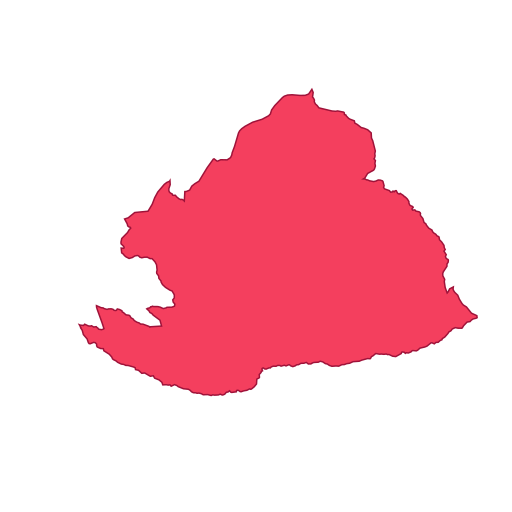 Chillanes, Bolivar, Ecuador (orthographic projection), rotated 71°
{"feature_id": "8360857B60313806039355", "entity_name": "Chillanes", "entity_type": "district", "adm_level": 2, "iso_a3": "ECU", "parent_name": "Ecuador", "parent_adm1": "Bolivar", "projection": "orthographic", "projection_center": [-79.115, -2.033], "detail": "fine", "context": "isolated", "style": "filled", "palette": "rose", "viewbox_px": 512, "rotation_deg": 71, "n_neighbors": 0, "source": "geoboundaries", "source_scale": "gbopen_adm2", "svg_char_len": 6086}
<svg xmlns="http://www.w3.org/2000/svg" viewBox="0 0 512 512"><g transform="rotate(71 256 256)"><path d="M379.0,315.2L379.5,314.3L379.5,311.5L380.0,308.4L379.6,305.3L380.3,304.4L380.3,303.6L379.1,300.3L377.2,297.2L372.9,295.4L372.5,294.9L372.4,293.0L371.8,292.2L369.1,291.5L367.8,289.1L366.8,288.6L366.7,287.2L364.8,287.2L364.3,286.8L364.2,286.0L364.4,285.3L365.5,284.7L366.2,283.3L366.0,280.0L366.5,278.9L365.8,277.6L365.8,275.5L366.8,272.9L366.5,271.1L367.3,269.0L368.3,268.2L368.5,264.8L369.7,263.4L369.5,260.3L369.8,259.7L371.0,259.1L372.6,257.2L372.6,254.5L372.1,253.1L372.6,251.1L372.1,248.5L373.0,245.6L373.0,243.1L375.1,241.7L375.9,239.3L375.7,238.0L375.5,237.8L375.5,236.0L376.7,231.6L376.4,229.6L377.8,227.4L380.3,225.5L381.4,223.7L383.3,222.3L385.0,220.1L386.0,216.2L387.1,213.6L386.7,210.2L387.4,207.9L387.3,205.4L387.9,202.4L387.5,198.7L389.1,192.7L388.9,189.9L389.3,183.9L390.3,181.6L389.9,180.8L388.7,179.6L388.5,178.0L387.2,174.5L389.1,171.1L389.5,169.4L390.6,167.1L391.1,164.7L392.0,163.8L392.5,162.2L395.2,159.5L396.6,156.6L395.5,150.4L394.5,149.7L394.3,149.1L395.2,147.2L396.7,146.5L396.4,145.4L397.3,143.5L397.1,140.5L396.5,139.5L396.4,138.6L397.9,135.3L397.7,133.8L396.5,130.9L397.0,126.1L396.9,123.7L395.1,118.8L395.4,117.8L397.1,116.0L396.3,114.1L396.9,111.8L395.9,109.5L395.7,107.4L394.8,106.8L394.1,103.9L391.7,99.7L390.6,98.4L390.2,96.1L388.9,94.2L388.6,90.9L390.0,88.5L391.3,84.9L391.1,84.3L389.5,82.4L387.2,77.9L387.7,75.0L386.7,73.2L386.2,71.1L386.5,68.2L386.3,67.0L384.3,66.6L380.2,70.9L372.7,73.6L369.9,75.9L368.0,76.7L363.0,77.8L358.8,78.0L355.1,79.9L353.2,80.4L351.5,80.5L349.5,79.5L350.1,83.6L352.5,86.1L353.2,87.3L347.4,87.4L341.5,86.3L339.5,85.2L335.6,85.8L333.5,85.2L332.0,84.1L327.9,78.8L325.7,78.0L324.5,76.4L322.9,75.6L321.9,75.5L320.7,76.6L319.5,77.1L318.1,77.0L316.7,75.7L312.6,76.7L311.5,75.0L309.4,75.3L307.1,74.8L303.1,75.9L300.4,77.2L297.9,76.8L297.2,76.9L295.9,78.3L294.0,78.9L292.0,80.5L290.5,81.1L288.7,81.2L285.9,83.6L282.4,84.8L280.9,84.9L279.0,86.2L274.9,86.0L271.3,87.3L270.2,87.1L269.4,86.6L268.4,86.7L267.3,87.4L265.6,90.2L264.1,90.8L263.6,93.0L262.8,93.2L261.8,92.9L261.4,91.7L261.0,91.5L260.0,92.0L258.6,93.6L257.9,94.0L255.8,94.2L254.2,93.7L251.3,94.4L248.7,95.7L248.2,96.5L247.1,96.7L243.7,99.3L244.1,100.3L243.3,101.3L242.2,101.8L239.9,102.1L239.6,103.1L240.3,104.5L239.2,105.3L239.8,106.0L239.5,107.9L237.6,108.6L234.3,112.7L232.6,113.0L231.3,112.0L226.8,111.7L226.1,112.0L224.7,113.8L223.9,115.7L224.2,118.2L223.9,120.6L221.9,124.1L220.4,125.7L220.0,126.7L218.8,127.7L218.1,129.3L217.8,127.8L214.3,123.6L213.1,116.8L212.3,115.7L209.8,113.8L207.1,113.4L204.6,112.0L202.6,112.8L202.0,112.0L200.1,110.8L198.0,110.4L195.6,109.0L185.1,108.1L182.1,108.4L177.1,107.0L173.0,109.3L170.3,112.4L168.8,114.7L164.6,117.4L162.5,119.3L160.2,119.0L157.2,122.6L156.0,123.6L153.0,125.0L151.9,125.1L151.1,126.3L149.3,125.9L148.5,126.3L145.4,131.6L145.1,133.6L143.6,137.0L136.4,148.3L133.6,149.2L131.7,150.3L129.2,150.7L127.6,150.0L125.6,150.2L124.1,150.8L120.0,148.7L116.6,148.9L120.0,153.5L120.1,157.2L118.5,162.1L115.3,169.4L114.1,173.7L114.1,177.2L114.8,179.4L119.9,189.3L123.0,193.7L126.4,196.2L127.5,198.4L128.7,205.7L128.4,215.6L129.8,224.1L131.0,228.1L132.4,230.8L134.0,232.5L145.4,240.6L150.6,244.9L152.7,246.1L154.7,248.1L155.7,252.0L153.5,258.0L153.8,261.3L153.4,262.1L150.5,264.0L150.5,264.8L156.6,273.4L166.7,285.6L167.7,290.2L169.0,293.9L172.1,297.3L172.3,300.9L171.9,302.3L180.7,305.9L179.1,306.8L178.3,307.6L178.1,308.9L176.4,310.6L175.5,310.9L174.3,311.8L172.4,312.4L171.5,314.9L171.1,315.1L170.1,315.0L168.6,316.4L167.2,317.1L165.8,317.1L164.0,316.5L160.6,313.9L156.7,312.8L157.2,313.4L157.4,316.4L158.4,319.4L163.5,328.0L167.9,332.8L173.3,337.3L178.5,343.5L175.4,356.5L178.3,364.5L178.2,368.2L183.6,367.3L185.8,367.5L187.0,366.8L188.0,365.5L188.9,365.4L190.0,367.5L192.0,369.8L195.7,377.2L198.8,379.1L200.5,379.6L203.8,378.0L205.0,377.9L205.5,378.2L205.6,378.8L204.6,380.9L209.3,382.0L211.1,380.8L212.7,380.3L214.4,379.3L217.0,376.8L217.2,373.4L216.5,370.6L216.9,368.0L217.6,367.0L219.3,366.2L220.5,364.6L220.8,361.9L221.7,359.2L224.0,357.0L224.7,355.1L228.6,353.4L231.9,352.9L237.1,354.1L238.8,355.2L240.2,355.5L243.0,354.6L245.6,355.1L248.6,354.0L250.0,354.2L252.6,353.7L256.2,351.8L260.3,348.5L261.8,346.7L266.1,345.9L269.0,346.9L270.4,349.0L272.7,349.3L275.0,348.4L276.9,349.4L277.0,352.2L275.5,356.9L275.8,358.0L275.5,360.8L273.2,363.2L271.9,365.2L270.5,369.2L269.7,370.4L270.0,371.3L269.7,372.1L270.4,373.2L270.2,375.7L270.4,376.5L272.9,375.1L274.9,374.7L276.5,373.2L278.4,372.5L285.4,367.7L291.5,368.1L288.5,379.0L288.7,379.5L287.7,380.1L283.6,385.1L282.8,387.3L281.3,388.2L279.8,390.2L277.3,392.2L275.7,392.6L273.7,394.3L271.3,394.8L270.6,395.5L269.3,398.1L266.4,399.7L265.3,400.7L264.1,400.6L262.2,402.4L260.9,404.4L261.9,405.6L261.9,406.4L261.2,407.8L259.8,408.6L258.8,410.1L258.0,412.7L258.0,414.2L256.3,416.7L255.4,417.3L254.4,419.3L251.0,423.0L252.3,423.4L254.9,423.5L268.9,423.3L275.2,423.4L275.4,423.8L275.4,426.0L273.9,428.7L272.6,429.0L271.8,429.7L270.8,430.1L270.3,432.6L268.4,434.2L268.3,435.6L267.5,437.3L264.7,440.2L265.5,441.7L264.1,444.7L263.5,445.4L266.8,444.9L266.9,445.2L269.7,444.5L274.1,444.8L279.4,442.7L283.4,442.7L284.5,442.3L285.0,441.4L284.8,437.7L285.6,436.2L287.4,435.4L289.1,435.9L290.4,435.7L293.0,432.9L293.9,430.5L296.1,430.7L301.1,426.7L304.5,425.3L306.6,425.1L307.6,424.5L309.5,422.6L311.5,421.4L314.3,418.6L315.5,416.3L317.0,414.8L317.9,412.5L321.0,408.0L322.3,406.6L324.2,406.9L325.8,404.3L329.7,402.2L330.4,399.3L335.3,395.1L335.8,392.1L338.5,391.6L341.6,388.0L344.8,386.1L347.5,386.1L348.5,382.7L349.5,381.0L349.8,379.3L351.5,378.6L351.1,374.9L352.8,372.9L354.2,372.1L357.9,367.8L360.0,363.3L361.4,362.1L363.5,361.1L364.9,359.7L365.7,357.6L366.6,356.4L367.0,354.6L368.4,352.5L370.0,351.1L371.3,346.8L373.3,343.8L373.2,342.0L374.0,340.7L375.1,336.9L375.0,334.8L376.3,333.4L376.6,332.6L376.5,330.6L375.2,328.4L375.5,326.7L374.8,324.9L376.5,324.2L377.1,323.4L378.0,318.8L376.9,318.2L376.8,317.5L377.5,316.2L379.0,315.2Z" fill="#f43f5e" stroke="#9f1239" stroke-width="1.5"/></g></svg>